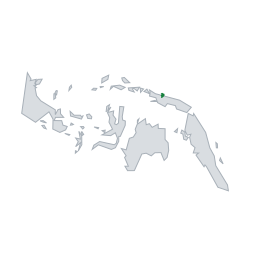 location of Trenggalek, Jawa Timur, Indonesia, rotated 187°
{"feature_id": "22746128B86316028646138", "entity_name": "Trenggalek", "entity_type": "district", "adm_level": 2, "iso_a3": "IDN", "parent_name": "Indonesia", "parent_adm1": "Jawa Timur", "projection": "equal_earth", "projection_center": [111.621, -8.138], "detail": "medium", "context": "in_parent", "style": "filled", "palette": "green", "viewbox_px": 256, "rotation_deg": 187, "n_neighbors": 0, "source": "geoboundaries", "source_scale": "gbopen_adm2", "svg_char_len": 4396}
<svg xmlns="http://www.w3.org/2000/svg" viewBox="0 0 256 256"><g transform="rotate(187 128 128)"><path d="M88.2,100.2L92.3,107.6L98.4,106.7L101.5,103.2L106.9,105.2L111.1,103.9L116.5,86.5L123.2,85.6L126.4,89.7L123.0,90.1L127.8,98.4L126.5,100.2L132.1,106.8L127.1,106.1L125.4,117.9L121.6,119.7L119.4,124.4L120.7,127.6L119.3,132.8L111.9,139.4L110.3,133.5L107.3,134.9L104.1,131.6L98.6,135.5L97.9,131.3L91.1,131.8L89.8,121.1L86.4,118.2L84.9,110.8L85.6,103.6L88.2,100.2ZM20.7,77.9L31.5,80.1L45.4,99.2L47.1,100.7L47.8,98.8L57.2,109.4L54.9,111.7L60.2,111.2L59.1,116.7L63.4,119.6L65.7,126.3L64.8,129.5L68.3,128.1L71.3,132.7L70.0,149.8L64.8,148.0L64.6,150.4L50.4,133.1L44.4,118.3L39.0,110.8L36.3,101.3L22.3,83.6L20.7,77.9ZM235.3,129.6L234.6,170.6L230.2,164.8L230.8,163.1L225.0,165.1L226.0,161.0L224.5,158.9L225.0,158.6L225.9,158.7L226.5,158.5L223.8,156.9L225.1,156.4L222.7,148.9L217.8,144.3L202.4,137.2L201.8,132.4L199.7,137.7L197.4,138.7L196.7,133.9L193.1,130.7L201.2,129.7L202.2,126.4L194.7,127.2L192.9,122.9L188.5,122.1L189.7,118.5L195.1,115.3L202.5,117.8L203.5,127.7L208.4,134.4L220.5,122.4L235.3,129.6ZM159.8,106.8L154.5,111.1L139.6,109.7L137.8,111.4L137.2,116.6L140.0,121.7L144.3,118.3L153.0,118.0L143.2,124.9L147.6,131.5L147.4,136.0L150.3,140.8L144.3,143.2L144.4,138.9L141.0,135.3L141.8,130.5L139.9,129.9L138.1,131.7L138.8,148.4L134.7,148.5L135.1,138.6L134.3,135.3L131.5,134.6L131.1,130.3L134.6,118.8L136.1,118.5L135.6,113.6L138.1,106.9L141.9,104.7L155.3,107.7L160.9,102.4L159.8,106.8ZM71.5,150.5L82.1,152.8L83.7,156.0L91.9,157.0L93.8,153.7L101.8,156.8L104.0,161.4L110.5,162.3L110.4,166.2L111.3,168.4L105.1,165.4L80.2,161.9L67.7,156.3L71.5,150.5ZM173.2,107.7L177.7,103.1L175.7,108.4L178.7,111.7L173.9,111.2L176.4,118.7L173.0,114.6L171.8,105.8L174.6,99.1L173.2,107.7ZM175.3,131.2L186.5,132.9L187.5,137.5L183.0,134.1L176.8,134.9L175.0,133.0L173.9,135.2L175.3,131.2ZM149.7,167.5L141.5,169.5L135.8,168.0L139.5,165.1L147.5,167.6L150.3,164.3L149.7,167.5ZM126.2,164.5L131.7,165.5L132.6,167.8L121.6,169.9L123.4,165.9L127.2,168.2L128.4,167.3L126.2,164.5ZM159.6,169.5L159.8,174.1L153.6,178.1L153.9,173.8L159.6,169.5ZM71.3,123.6L72.8,128.7L75.0,129.3L74.3,132.5L71.1,130.9L70.1,126.9L67.0,126.0L68.6,123.0L71.3,123.6ZM223.3,165.3L219.2,166.0L221.3,160.9L224.5,159.8L225.5,161.7L223.3,165.3ZM136.7,172.3L139.2,174.4L140.3,176.9L137.8,177.7L131.8,173.2L136.7,172.3ZM169.1,132.6L170.8,136.0L168.2,137.2L165.3,134.7L165.4,132.7L169.1,132.6ZM110.8,164.7L116.6,166.2L114.0,168.9L110.8,164.7ZM119.9,164.9L120.7,169.2L117.3,168.6L119.9,164.9ZM81.5,130.1L78.7,133.4L78.9,129.3L81.5,130.1ZM205.1,147.4L205.7,152.9L204.4,153.1L203.4,149.1L205.1,147.4ZM109.0,157.1L104.6,158.7L102.7,157.8L109.0,157.1ZM151.7,141.8L151.7,146.8L149.2,148.9L150.2,142.3L151.7,141.8ZM29.2,104.0L33.2,106.9L32.7,109.5L29.2,104.0ZM39.0,124.3L37.4,123.2L36.7,119.2L37.9,119.1L39.0,124.3ZM189.6,163.6L188.8,161.6L191.2,158.0L191.1,161.3L189.6,163.6ZM185.6,113.5L190.1,114.9L185.0,114.4L185.6,113.5ZM157.6,123.6L161.8,124.9L157.2,124.8L157.6,123.6ZM149.7,144.3L147.5,146.7L149.5,142.3L149.7,144.3ZM209.1,117.2L211.5,117.7L213.8,120.0L211.6,120.5L209.1,117.2ZM168.5,161.5L167.0,163.3L163.8,163.5L164.7,161.5L168.5,161.5ZM204.8,153.8L203.8,156.4L202.7,156.3L202.9,152.2L204.8,153.8ZM175.2,123.6L172.4,124.0L171.6,123.1L172.8,121.5L175.2,123.6ZM209.5,123.1L213.0,123.5L216.2,124.4L213.1,125.0L209.5,123.1ZM150.5,120.5L153.4,122.2L150.4,123.1L150.5,120.5ZM177.4,99.0L175.4,98.5L177.2,96.6L177.4,99.0ZM157.1,166.2L160.3,164.7L160.7,165.7L157.1,166.2ZM185.5,123.8L185.0,126.0L182.6,124.9L183.8,124.2L185.5,123.8ZM119.6,136.9L118.3,138.4L119.3,133.6L119.6,136.9ZM172.4,115.1L173.9,118.2L173.3,118.7L171.2,116.2L172.4,115.1Z" fill="#d9dde1" stroke="#a8b0b8" stroke-width="1"/><path d="M96.4,165.1L96.5,165.3L96.6,165.2L96.7,165.3L96.7,165.5L96.8,165.6L97.0,165.7L97.3,165.6L97.5,165.6L97.5,165.8L97.9,166.0L97.9,165.9L98.0,165.9L97.9,165.8L97.8,165.7L97.9,165.4L98.0,165.4L98.1,165.5L98.1,165.8L98.3,165.7L98.2,165.6L98.2,165.4L98.1,165.2L98.0,164.9L97.9,164.7L98.0,164.5L98.4,164.5L98.6,164.3L98.5,164.2L98.4,164.2L98.3,163.9L98.1,163.8L98.2,163.5L98.1,163.3L98.1,163.1L98.1,162.9L97.9,163.0L97.6,163.3L97.7,163.7L97.4,163.7L97.3,163.9L97.1,164.0L97.0,164.3L96.9,164.3L96.8,164.7L96.7,164.6L96.6,164.8L96.4,165.1ZM98.3,165.9L98.2,165.9L98.3,165.9L98.3,165.9ZM98.1,165.8L98.1,165.7L98.1,165.8Z" fill="#22c55e" stroke="#15803d" stroke-width="1.5"/></g></svg>